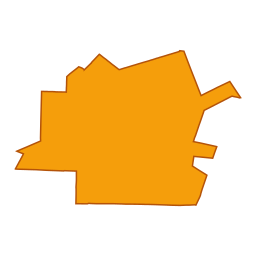 outline of Galicea Mare, Dolj, Romania
{"feature_id": "2599482B6408106224849", "entity_name": "Galicea Mare", "entity_type": "district", "adm_level": 2, "iso_a3": "ROU", "parent_name": "Romania", "parent_adm1": "Dolj", "projection": "robinson", "projection_center": [23.315, 44.096], "detail": "fine", "context": "isolated", "style": "filled", "palette": "amber", "viewbox_px": 256, "rotation_deg": 0, "n_neighbors": 0, "source": "geoboundaries", "source_scale": "gbopen_adm2", "svg_char_len": 3942}
<svg xmlns="http://www.w3.org/2000/svg" viewBox="0 0 256 256"><path d="M195.9,205.1L196.0,204.9L199.8,196.9L200.4,195.4L200.6,194.5L201.0,192.9L202.2,189.0L206.3,177.0L206.9,175.2L198.6,170.0L192.4,166.0L193.6,158.0L193.8,156.4L197.2,156.7L210.7,158.0L212.7,158.2L214.7,152.4L216.8,146.7L216.6,146.6L200.9,143.1L193.4,141.6L193.6,141.1L194.5,137.9L195.5,135.6L199.1,124.9L200.3,121.6L203.4,112.6L204.0,110.8L204.1,110.4L230.0,97.1L231.7,96.3L232.1,96.2L232.7,96.3L233.8,96.6L237.2,97.2L238.6,97.6L239.7,97.9L240.6,97.7L235.9,90.7L229.8,81.5L217.4,87.4L213.7,89.3L208.4,91.9L205.4,93.4L201.1,95.6L198.9,90.1L195.6,81.6L191.5,71.2L188.0,62.1L183.9,51.2L179.7,50.7L179.6,50.8L179.5,51.1L179.5,51.3L179.4,51.3L179.3,51.5L179.2,51.5L178.8,51.6L178.0,51.9L176.7,52.3L176.0,52.5L175.4,52.7L174.3,53.0L173.1,53.4L172.0,53.7L170.8,54.1L169.6,54.4L168.4,54.8L167.3,55.1L166.2,55.5L165.1,55.8L163.9,56.2L162.8,56.5L161.8,56.8L160.7,57.1L159.6,57.4L158.6,57.8L157.6,58.1L157.4,58.1L156.7,58.3L156.0,58.5L155.3,58.8L154.6,59.0L153.9,59.2L153.2,59.5L152.4,59.7L151.7,59.9L151.0,60.1L150.3,60.3L149.6,60.6L148.9,60.8L148.2,61.0L147.5,61.2L146.8,61.4L146.1,61.6L145.4,61.8L144.7,62.0L144.0,62.2L143.3,62.4L142.6,62.6L142.0,62.8L141.3,63.0L140.6,63.2L140.0,63.4L139.3,63.6L138.6,63.8L137.9,64.0L137.3,64.2L136.6,64.4L136.0,64.6L135.4,64.8L134.7,65.0L134.0,65.2L133.3,65.4L132.6,65.6L132.0,65.8L131.3,66.0L130.7,66.2L130.0,66.4L129.4,66.6L128.8,66.8L128.1,67.0L127.4,67.2L126.8,67.4L126.1,67.6L125.5,67.8L124.9,67.9L124.2,68.1L123.6,68.3L123.0,68.5L121.7,68.9L121.1,69.1L120.1,69.4L119.9,69.4L119.8,69.5L119.7,69.5L119.4,69.5L119.2,69.6L118.8,69.5L118.4,69.2L118.1,68.9L117.7,68.6L117.3,68.3L117.0,68.0L116.7,67.8L116.3,67.5L115.9,67.2L115.6,67.0L115.3,66.7L114.9,66.5L114.5,66.1L114.0,65.7L113.5,65.4L112.9,64.9L112.3,64.5L111.7,64.0L111.2,63.6L110.6,63.1L110.1,62.7L109.5,62.2L109.0,61.8L108.5,61.4L108.1,61.1L107.5,60.7L107.0,60.2L106.5,59.8L106.0,59.4L105.5,59.0L104.9,58.6L104.4,58.2L103.8,57.8L103.3,57.4L102.8,57.0L102.3,56.6L101.8,56.2L101.3,55.8L100.8,55.4L100.3,55.0L99.8,54.6L99.3,54.3L93.6,60.3L93.1,60.8L91.9,62.1L91.5,62.5L91.4,62.8L91.3,63.1L91.2,63.1L84.3,69.8L84.3,69.7L84.1,69.6L83.9,69.4L83.7,69.2L83.2,68.9L83.0,68.7L82.7,68.5L82.5,68.4L82.3,68.2L82.0,68.1L81.8,68.0L81.5,67.9L81.2,67.7L80.9,67.6L80.7,67.5L80.4,67.4L80.1,67.3L79.8,67.2L79.5,67.1L79.3,67.0L79.0,66.9L78.9,66.9L78.7,66.8L77.8,67.6L74.0,70.6L70.0,73.7L66.8,76.6L66.8,76.8L66.7,80.1L66.6,81.8L66.6,84.2L66.5,86.6L66.4,87.8L66.4,88.8L66.3,90.7L66.3,91.6L66.3,92.1L66.2,92.1L64.9,92.0L63.3,92.0L56.9,91.9L56.1,91.9L54.5,91.7L54.0,91.7L53.5,91.7L53.0,91.6L52.5,91.6L51.9,91.6L51.4,91.6L50.9,91.6L50.4,91.6L49.9,91.6L49.4,91.6L48.9,91.6L48.4,91.6L47.9,91.6L47.4,91.5L46.8,91.5L46.3,91.5L45.8,91.5L45.3,91.5L44.8,91.5L44.3,91.5L43.8,91.4L43.3,91.4L42.7,91.4L42.2,91.4L41.8,91.4L41.6,91.4L40.9,119.6L40.5,138.1L40.6,140.1L40.6,141.0L39.2,141.6L32.9,144.3L28.3,146.3L27.4,146.7L21.2,149.3L16.8,151.2L17.0,151.3L20.0,152.5L23.1,153.7L23.4,153.8L22.7,155.4L22.1,156.5L21.9,156.9L21.5,157.7L21.0,158.5L20.7,159.1L20.4,159.8L20.3,160.0L20.1,160.3L19.9,160.7L19.7,161.0L19.4,161.5L19.1,162.0L19.0,162.3L18.6,163.0L18.2,163.8L17.8,164.5L17.5,165.0L17.1,165.8L16.0,167.8L15.7,168.5L15.4,168.8L15.4,169.0L18.4,169.2L25.9,169.4L28.7,169.5L36.2,169.7L46.9,170.3L55.3,170.6L60.5,170.8L63.1,170.9L63.8,170.9L64.2,170.7L65.1,170.7L76.4,171.1L76.4,171.5L76.4,177.6L76.4,180.2L76.3,182.6L76.1,185.5L76.0,187.3L76.1,188.9L76.1,191.9L76.1,192.4L76.1,193.4L76.0,199.1L75.9,203.7L77.8,203.7L84.8,203.8L87.4,203.8L88.0,203.6L88.3,203.4L88.7,203.4L89.2,203.4L89.8,203.4L90.6,203.5L96.0,203.7L113.2,203.7L116.7,203.8L120.0,203.9L121.0,203.9L123.1,204.0L125.6,204.1L129.6,204.1L137.5,204.2L143.0,204.3L145.4,204.4L148.0,204.4L151.9,204.5L155.5,204.6L166.7,205.0L171.4,205.2L175.7,205.3L179.9,205.4L186.5,205.1L189.3,205.1L194.9,204.8L195.9,205.1Z" fill="#f59e0b" stroke="#b45309" stroke-width="1.5"/></svg>